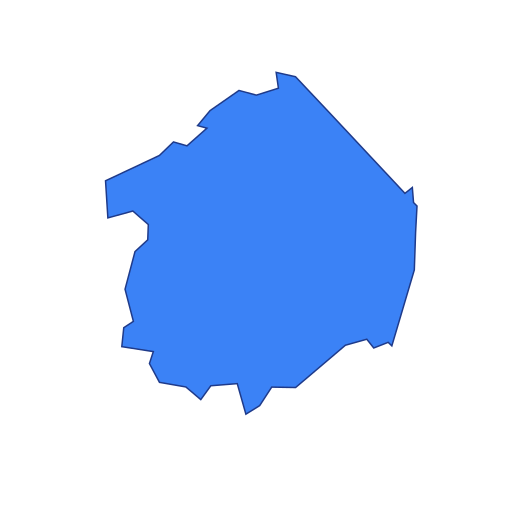 Union, Tennessee, United States of America (Natural Earth projection), rotated 225°
{"feature_id": "52423323B38749584273521", "entity_name": "Union", "entity_type": "district", "adm_level": 2, "iso_a3": "USA", "parent_name": "United States of America", "parent_adm1": "Tennessee", "projection": "natural_earth1", "projection_center": [-83.834, 36.298], "detail": "fine", "context": "isolated", "style": "filled", "palette": "blue", "viewbox_px": 512, "rotation_deg": 225, "n_neighbors": 0, "source": "geoboundaries", "source_scale": "gbopen_adm2", "svg_char_len": 708}
<svg xmlns="http://www.w3.org/2000/svg" viewBox="0 0 512 512"><g transform="rotate(225 256 256)"><path d="M101.5,288.4L96.4,288.5L134.2,358.1L159.8,385.5L177.5,405.2L182.4,405.2L193.9,415.0L195.0,405.6L304.1,409.2L354.8,410.7L371.6,400.1L358.8,390.5L369.5,370.0L385.1,361.0L391.3,326.4L389.5,306.9L381.1,311.7L382.7,285.1L395.0,278.3L395.4,258.8L415.6,202.8L387.7,178.2L374.9,200.7L354.4,202.1L344.0,190.9L344.7,173.6L325.1,139.9L296.5,123.1L298.8,111.8L286.8,97.0L261.0,115.8L255.3,104.6L234.9,98.4L213.0,113.8L193.5,115.4L196.2,132.3L179.0,152.5L151.3,137.0L147.6,152.8L152.2,174.4L135.0,191.0L129.7,256.1L118.8,275.5L107.7,274.2L101.5,288.4Z" fill="#3b82f6" stroke="#1e3a8a" stroke-width="1.5"/></g></svg>